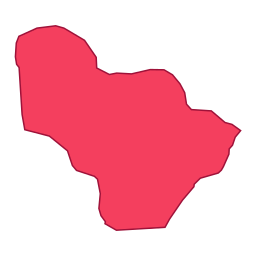 outline of Santa Cruz Balanyá, Chimaltenango, Guatemala
{"feature_id": "79465075B16496006430587", "entity_name": "Santa Cruz Balanyá", "entity_type": "district", "adm_level": 2, "iso_a3": "GTM", "parent_name": "Guatemala", "parent_adm1": "Chimaltenango", "projection": "orthographic", "projection_center": [-90.931, 14.695], "detail": "fine", "context": "isolated", "style": "filled", "palette": "rose", "viewbox_px": 256, "rotation_deg": 0, "n_neighbors": 0, "source": "geoboundaries", "source_scale": "gbopen_adm2", "svg_char_len": 727}
<svg xmlns="http://www.w3.org/2000/svg" viewBox="0 0 256 256"><path d="M84.5,40.3L63.9,28.1L55.7,25.8L37.0,28.1L18.9,36.3L16.3,43.0L15.4,56.8L16.6,64.3L19.1,67.5L22.1,114.5L24.8,129.7L49.4,136.1L67.5,150.8L72.4,165.5L76.5,170.4L94.4,176.3L97.5,179.2L100.3,193.7L98.9,208.5L101.0,215.7L105.4,221.7L105.0,223.7L116.4,230.2L165.0,227.3L169.6,219.0L182.5,200.1L193.9,186.7L194.2,184.2L200.3,178.2L218.3,173.0L221.4,170.1L223.4,166.6L228.9,154.2L229.2,148.9L232.5,145.2L235.2,137.2L240.6,130.6L232.0,124.4L225.0,122.5L211.3,110.9L191.4,109.6L186.5,104.2L184.7,92.7L180.0,83.9L172.5,74.8L164.0,69.8L150.2,69.6L131.5,73.9L116.7,73.1L109.4,74.5L96.7,68.0L96.2,57.3L84.5,40.3Z" fill="#f43f5e" stroke="#9f1239" stroke-width="1.5"/></svg>